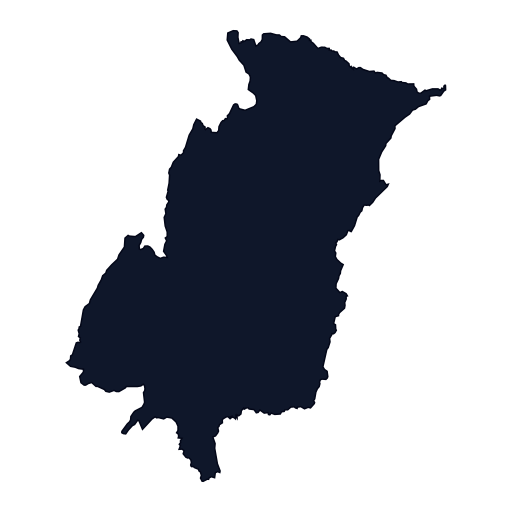 outline of Mawlaik, Sagaing, Myanmar
{"feature_id": "60261553B47097675193132", "entity_name": "Mawlaik", "entity_type": "district", "adm_level": 2, "iso_a3": "MMR", "parent_name": "Myanmar", "parent_adm1": "Sagaing", "projection": "orthographic", "projection_center": [94.742, 23.948], "detail": "fine", "context": "isolated", "style": "filled", "palette": "ink", "viewbox_px": 512, "rotation_deg": 0, "n_neighbors": 0, "source": "geoboundaries", "source_scale": "gbopen_adm2", "svg_char_len": 5974}
<svg xmlns="http://www.w3.org/2000/svg" viewBox="0 0 512 512"><path d="M196.6,119.1L193.8,124.6L192.8,128.9L189.2,135.1L185.5,147.3L183.5,150.7L183.6,152.6L181.1,155.2L178.8,154.6L178.5,156.5L173.3,162.2L171.3,167.3L169.6,169.1L168.8,173.0L169.6,175.1L169.1,183.2L167.7,190.2L168.2,191.0L166.4,197.3L167.2,199.3L168.8,200.6L168.7,202.0L166.8,204.9L166.5,207.3L165.2,209.1L165.9,213.7L164.2,217.4L165.2,226.0L167.2,231.9L167.2,236.6L165.3,238.0L166.7,240.8L164.9,244.3L163.6,251.3L166.5,255.4L167.3,257.5L163.6,257.2L160.3,258.4L157.1,256.8L154.8,255.0L154.1,252.2L152.2,249.4L150.0,247.1L147.8,246.0L144.9,246.1L143.3,248.5L140.6,249.6L139.4,249.1L139.1,245.5L140.7,242.6L141.6,239.4L143.4,237.2L143.7,235.3L141.4,232.7L135.4,236.6L129.4,236.1L128.1,235.4L125.0,238.1L124.4,247.0L119.0,254.9L117.6,259.2L111.6,264.9L106.7,270.3L105.8,273.1L102.7,275.7L101.3,279.8L98.2,285.3L97.4,288.1L90.4,299.8L89.4,303.5L85.1,306.7L83.4,309.9L80.5,326.4L79.2,327.0L79.1,328.6L78.2,330.1L79.2,333.7L78.5,336.5L80.3,337.8L79.8,340.2L80.6,342.0L79.8,342.6L77.9,342.3L76.3,342.9L72.4,354.8L70.7,355.9L70.5,359.0L69.6,360.6L66.4,362.7L70.5,366.3L75.2,367.2L78.7,368.6L83.5,369.2L83.4,372.1L79.7,376.5L81.0,382.7L84.1,385.1L85.7,385.1L88.3,383.5L91.7,382.5L96.0,386.4L97.6,386.4L104.4,389.5L105.8,391.3L109.3,392.1L114.0,390.4L116.3,391.5L118.9,391.6L125.3,387.9L126.4,386.5L137.5,386.5L140.9,385.9L143.3,384.2L144.5,385.6L145.0,388.8L144.7,390.7L143.5,392.6L144.6,402.3L143.8,404.4L142.0,407.4L135.2,410.9L133.8,412.2L130.9,416.5L130.6,419.9L129.5,421.9L127.4,423.8L121.9,431.3L121.8,432.7L123.4,433.6L125.7,433.9L128.4,430.0L132.4,425.6L134.6,424.5L137.6,420.3L138.9,420.7L142.5,429.3L152.1,418.9L155.2,416.8L156.5,417.8L158.6,417.6L163.7,418.9L166.7,417.1L171.8,418.0L176.1,422.0L178.0,426.2L178.0,430.5L176.6,432.8L178.1,433.8L178.7,436.0L178.2,437.9L182.0,438.3L180.4,440.9L180.7,442.5L179.3,444.3L180.4,445.7L179.1,449.3L182.0,449.1L184.1,450.7L183.2,453.8L185.9,457.2L187.7,458.0L188.8,457.7L190.8,459.7L191.4,462.4L190.7,465.0L191.1,466.2L191.8,466.7L193.3,466.4L194.3,467.5L198.4,469.2L199.1,471.1L200.4,471.9L201.4,475.4L200.5,478.1L202.1,481.2L203.2,481.3L207.3,479.2L208.6,479.3L209.1,477.9L211.3,476.7L214.6,477.7L215.3,472.7L217.6,471.6L219.8,472.5L220.1,471.0L217.4,463.8L214.7,448.3L215.1,443.6L212.8,437.0L215.5,435.9L217.7,432.9L218.5,431.1L217.8,427.5L218.9,426.5L219.4,424.7L222.4,422.8L222.3,419.7L223.4,418.6L226.3,416.9L227.9,416.6L230.1,418.7L231.7,417.4L230.4,416.8L232.1,416.1L232.8,417.3L234.3,417.8L235.5,418.9L235.9,415.8L237.1,417.9L237.1,414.8L238.7,415.8L240.9,414.0L241.4,410.6L243.6,408.2L243.9,409.0L244.7,409.1L245.1,408.3L248.2,407.7L249.1,409.0L254.0,409.6L256.3,412.8L258.1,412.4L259.9,410.0L264.2,413.1L268.0,412.6L268.5,414.5L269.8,414.8L271.2,413.1L274.7,414.4L280.3,414.0L281.5,411.8L284.2,411.4L285.0,409.8L287.7,409.8L290.8,407.1L294.3,406.8L295.4,407.9L297.1,408.4L297.3,407.2L300.8,406.6L304.5,408.8L308.1,407.3L310.5,407.9L314.3,403.6L314.6,402.4L313.5,400.8L314.7,398.9L315.9,392.0L317.4,388.7L319.1,386.7L319.9,383.7L319.5,382.1L320.4,379.7L322.2,379.1L325.9,379.4L327.3,378.0L327.8,376.6L327.1,371.3L324.5,369.5L322.9,366.8L326.8,349.4L328.2,347.6L330.0,341.9L329.6,338.4L331.9,334.5L331.9,333.5L333.5,333.8L335.0,332.6L336.3,330.3L335.7,328.9L335.5,324.8L333.6,323.6L335.2,316.7L338.5,315.7L338.6,314.1L339.7,312.5L344.5,308.2L345.0,305.4L344.7,302.5L346.2,299.0L346.1,296.3L347.4,295.9L346.1,293.7L342.3,291.5L339.9,292.6L335.9,288.2L336.1,283.7L338.5,278.6L339.0,275.7L340.3,273.5L340.6,270.7L343.2,264.6L340.7,263.1L336.9,259.5L335.3,256.6L335.8,253.0L334.5,250.9L335.5,246.4L336.5,244.6L335.7,242.7L336.9,241.9L337.9,239.5L339.4,239.8L343.0,237.8L346.3,234.8L347.9,230.6L349.6,230.5L350.3,231.4L351.1,230.9L351.4,231.3L354.5,225.7L357.2,216.9L358.5,215.6L360.2,212.2L361.8,210.8L362.5,207.7L364.2,205.0L367.1,205.3L367.9,204.8L369.4,205.5L372.7,202.3L375.5,198.0L387.3,186.5L388.3,184.2L386.0,184.8L383.4,180.5L381.1,180.5L379.8,181.2L380.0,174.8L378.7,170.6L378.6,159.3L381.7,151.9L385.7,145.7L385.9,143.5L390.9,138.0L391.2,135.8L395.0,128.6L394.9,125.8L405.0,117.2L409.6,114.0L412.5,110.1L415.4,109.2L418.5,106.6L426.1,103.9L427.9,100.6L429.6,99.4L429.5,96.2L436.6,95.3L439.6,95.9L440.7,95.5L443.8,91.1L445.6,89.9L445.5,85.8L445.4,85.3L444.7,85.3L443.9,86.2L444.0,88.0L443.0,88.5L441.7,88.2L441.1,89.8L439.9,90.0L438.1,88.9L432.3,88.9L426.0,90.8L425.0,90.1L420.8,93.2L418.8,93.2L417.0,91.9L416.5,89.2L413.9,86.2L413.7,83.9L407.7,84.0L405.9,82.9L401.9,82.5L401.3,81.7L398.0,82.0L394.0,80.6L390.8,80.4L388.3,78.0L387.5,78.1L385.9,75.2L383.6,74.7L382.0,73.0L377.2,72.4L375.3,73.0L374.0,71.1L369.4,71.5L362.9,69.4L360.4,67.6L358.9,67.6L356.5,69.0L353.7,67.2L353.0,67.4L353.3,69.3L351.6,68.3L351.2,66.6L350.5,67.1L349.2,65.7L349.0,63.8L346.1,61.1L344.6,60.5L343.5,58.3L340.6,57.5L338.5,55.0L337.1,52.0L334.4,51.8L333.9,51.0L332.1,51.1L331.2,50.1L329.3,50.1L329.2,48.4L326.8,48.4L324.8,47.3L321.3,47.2L317.9,48.5L313.3,43.3L311.2,41.8L310.8,40.1L309.5,40.4L309.5,39.0L307.2,37.1L303.5,35.8L301.3,35.8L300.7,37.7L297.1,41.2L290.5,41.9L284.6,36.8L281.0,36.5L279.5,35.0L276.3,34.9L270.6,33.3L263.7,33.8L262.4,35.0L262.3,39.4L261.1,41.8L258.7,43.7L258.2,44.8L255.9,46.1L253.7,39.6L251.0,39.0L249.7,39.9L246.7,39.7L244.5,41.3L242.9,40.8L242.9,41.8L241.1,41.8L241.0,42.8L239.1,43.5L237.9,37.3L238.1,32.6L236.9,30.9L233.2,30.7L227.8,33.0L227.2,40.0L231.8,49.2L237.3,56.6L239.3,60.2L243.9,65.2L246.1,72.1L248.9,73.9L250.0,76.0L250.4,77.6L250.1,81.1L248.9,84.4L248.3,89.5L253.4,93.1L255.7,95.5L256.8,100.7L256.3,104.3L253.9,106.7L245.1,110.3L239.8,108.9L238.7,108.1L237.7,105.0L236.9,104.1L235.1,103.9L233.6,104.9L229.5,113.6L227.3,115.9L227.6,117.4L227.0,118.9L225.4,118.6L224.0,120.7L222.7,120.7L221.1,122.4L219.0,126.6L218.7,130.5L217.0,132.7L211.3,132.4L210.9,129.9L209.9,128.6L207.9,127.7L205.5,129.6L204.8,128.9L205.1,127.1L203.0,125.6L202.3,123.5L200.9,122.5L200.5,121.1L196.6,119.1Z" fill="#0f172a" stroke="#020617" stroke-width="1.5"/></svg>